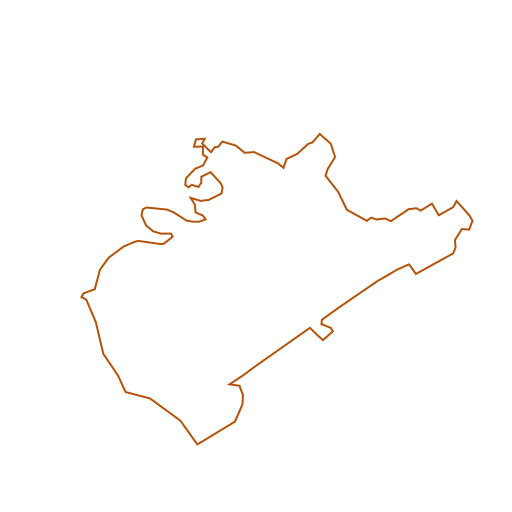 Barceloneta, Puerto Rico (Albers equal-area conic projection), rotated 229°
{"feature_id": "32010507B67293545491700", "entity_name": "Barceloneta", "entity_type": "district", "adm_level": 2, "iso_a3": "PRI", "parent_name": "Puerto Rico", "parent_adm1": "", "projection": "albers", "projection_center": [-66.554, 18.44], "detail": "fine", "context": "isolated", "style": "outline", "palette": "amber", "viewbox_px": 512, "rotation_deg": 229, "n_neighbors": 0, "source": "geoboundaries", "source_scale": "gbopen_adm2", "svg_char_len": 1800}
<svg xmlns="http://www.w3.org/2000/svg" viewBox="0 0 512 512"><g transform="rotate(229 256 256)"><path d="M152.3,88.1L151.5,92.5L144.9,131.1L144.8,131.5L152.9,148.4L159.6,154.9L168.9,158.4L176.5,151.8L174.3,168.7L173.2,183.4L166.4,249.6L156.3,250.4L148.6,251.3L148.7,264.6L152.7,265.3L161.0,261.0L161.5,260.6L164.7,264.0L162.6,286.0L157.4,331.2L154.1,348.1L153.3,353.0L150.2,363.2L149.2,366.1L137.5,364.9L137.2,366.6L128.6,406.6L131.5,412.2L137.5,416.6L141.3,429.1L136.1,434.1L140.5,442.5L145.0,443.3L147.2,443.7L165.9,443.4L163.5,436.9L166.8,420.7L180.1,423.1L182.2,410.1L186.8,408.4L191.2,401.9L193.8,380.6L199.5,378.2L204.5,370.9L209.4,368.1L209.9,362.7L231.3,354.9L250.5,360.1L270.9,361.1L274.7,367.3L278.8,380.6L291.7,386.1L306.2,384.2L304.7,373.1L306.4,369.0L306.0,354.0L307.3,349.7L309.2,342.7L304.5,334.6L311.5,333.4L335.7,322.7L341.3,315.2L352.6,313.2L364.4,305.7L364.0,302.7L363.1,299.6L365.2,296.3L363.9,290.1L376.2,289.2L378.1,294.3L383.4,287.2L379.2,280.8L373.5,287.7L367.1,282.4L362.4,284.0L359.0,275.4L361.8,267.5L360.6,254.2L356.2,249.3L352.2,250.0L351.8,254.2L345.8,257.9L347.2,262.7L351.7,266.8L349.1,276.7L333.6,277.1L329.5,275.6L325.8,270.9L329.4,257.0L333.9,250.4L342.7,244.8L334.9,243.6L328.6,239.0L321.4,242.4L316.7,242.0L319.4,235.3L323.4,230.8L328.5,226.7L342.7,222.6L349.4,219.3L364.4,205.2L365.5,201.2L361.7,196.2L351.2,193.1L342.1,194.6L335.4,198.8L328.7,206.5L325.2,205.7L325.7,194.8L326.9,192.7L328.3,191.2L344.7,177.0L346.7,172.6L350.0,162.4L351.4,143.9L348.0,129.2L336.7,112.5L341.0,101.3L339.5,97.3L334.5,99.3L324.7,96.1L314.5,92.8L313.0,92.3L311.1,91.7L283.9,77.4L282.6,76.6L278.1,76.1L260.5,73.9L255.8,73.3L239.0,68.3L236.3,70.1L218.1,82.5L207.1,85.0L205.8,85.3L184.9,90.1L181.2,90.9L178.0,90.6L152.3,88.1Z" fill="none" stroke="#b45309" stroke-width="2"/></g></svg>